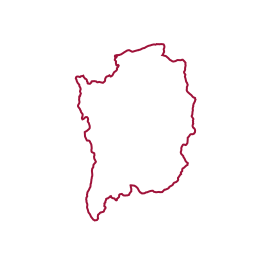 the district of Buenos Aires, Puntarenas, Costa Rica, rotated 49°
{"feature_id": "36466004B75428693831232", "entity_name": "Buenos Aires", "entity_type": "district", "adm_level": 2, "iso_a3": "CRI", "parent_name": "Costa Rica", "parent_adm1": "Puntarenas", "projection": "natural_earth1", "projection_center": [-83.259, 9.079], "detail": "fine", "context": "isolated", "style": "outline", "palette": "rose", "viewbox_px": 256, "rotation_deg": 49, "n_neighbors": 0, "source": "geoboundaries", "source_scale": "gbopen_adm2", "svg_char_len": 5774}
<svg xmlns="http://www.w3.org/2000/svg" viewBox="0 0 256 256"><g transform="rotate(49 128 128)"><path d="M153.2,205.0L154.7,206.6L155.5,206.9L156.5,207.8L158.0,208.4L158.4,208.5L159.2,209.0L160.1,209.9L160.6,210.6L161.2,211.1L162.3,211.6L163.0,211.8L165.8,213.2L168.1,213.3L170.7,214.1L174.4,214.3L175.0,214.0L175.9,213.8L176.4,212.9L176.9,212.2L177.1,211.6L176.8,210.8L176.8,210.1L175.0,208.9L173.8,207.4L173.9,205.7L173.7,205.1L173.7,204.2L174.2,203.5L174.6,202.4L174.9,202.0L175.1,201.0L174.0,199.0L173.9,197.9L173.5,197.3L173.1,197.0L172.4,197.0L171.9,197.2L171.5,197.2L171.1,196.9L170.5,196.0L169.6,195.5L169.4,195.2L169.4,194.0L168.7,193.5L167.9,191.8L167.2,191.0L167.4,190.2L167.6,189.9L167.9,189.5L167.8,188.4L168.3,186.9L167.9,186.4L167.9,186.2L168.2,185.6L169.1,185.9L169.8,186.0L171.4,185.3L171.9,184.7L172.3,184.5L174.4,184.6L175.0,184.2L175.1,183.8L174.9,183.5L174.3,183.2L174.2,180.1L173.7,179.4L172.9,178.8L172.7,178.4L172.7,177.6L173.7,175.9L175.6,175.7L176.3,175.3L177.3,174.2L177.7,173.5L178.3,172.9L179.1,171.3L179.1,170.9L178.5,170.0L178.1,168.3L178.0,167.4L177.9,167.0L176.9,166.3L176.3,165.5L174.7,164.8L173.9,164.2L173.0,163.8L172.9,163.7L173.0,163.5L175.6,161.1L177.2,160.5L179.4,160.2L181.0,160.5L182.5,160.9L183.7,161.0L184.6,161.0L184.8,160.8L186.2,160.6L186.5,160.2L187.0,159.9L188.1,158.3L188.4,156.6L189.0,155.9L189.8,153.5L190.5,152.0L191.4,150.7L191.7,150.4L193.1,150.3L193.9,149.7L194.9,149.0L196.6,146.5L197.4,146.0L198.8,144.2L198.5,141.0L198.7,140.6L199.0,140.4L199.2,139.8L199.9,137.8L200.0,136.5L199.7,135.7L199.6,135.3L200.3,131.8L199.6,129.8L199.6,129.0L200.4,127.0L200.4,125.1L200.0,124.1L199.5,123.7L199.0,123.5L198.4,122.9L198.3,121.9L197.6,119.5L197.6,118.1L196.9,117.9L196.5,117.4L196.2,117.2L196.1,115.4L194.8,114.2L194.4,113.4L194.7,112.0L194.6,108.7L194.9,107.3L194.2,106.7L193.8,105.9L192.3,106.2L190.7,106.2L188.1,105.4L186.3,105.2L185.4,104.7L182.4,104.8L181.6,104.5L180.8,104.0L179.8,102.4L179.0,101.6L178.5,101.3L178.0,100.8L177.4,99.7L176.7,97.5L176.9,97.0L177.9,96.1L178.5,95.9L178.8,95.4L178.8,94.7L178.5,94.0L178.5,93.4L177.7,92.3L177.0,91.7L176.2,90.8L174.5,89.3L174.4,87.7L173.8,85.5L173.8,84.9L174.4,84.0L175.2,83.2L175.3,82.8L175.4,82.2L175.6,81.6L175.2,81.0L175.1,80.2L173.8,78.9L172.8,78.4L171.3,78.3L171.1,78.5L170.2,78.5L168.9,78.0L168.2,77.3L167.6,75.9L166.8,75.7L166.0,74.7L165.0,74.2L164.7,73.9L164.5,73.2L164.0,72.7L161.0,72.3L160.4,71.6L160.3,71.1L160.0,70.6L158.0,68.6L157.6,67.9L157.0,67.2L156.2,66.8L155.5,66.1L154.8,65.1L154.5,64.5L153.8,64.1L153.2,63.1L152.8,62.7L152.4,61.4L152.1,60.9L151.9,60.1L151.6,59.8L150.8,58.4L150.3,58.4L149.4,57.7L148.6,58.0L148.0,58.5L146.8,58.7L144.7,58.6L143.3,58.9L140.3,59.3L139.1,59.3L137.8,58.8L137.3,58.1L135.7,56.7L135.0,55.2L134.4,54.5L133.3,54.2L132.9,53.9L131.2,53.7L128.3,52.1L126.6,51.4L125.4,49.7L125.0,49.6L124.2,49.6L123.3,49.4L122.5,49.0L122.3,48.5L122.0,47.5L121.4,46.6L120.2,45.6L118.6,43.5L118.2,43.2L117.4,42.8L116.5,41.8L114.9,41.7L112.4,41.9L111.9,42.5L111.7,43.2L111.2,44.0L109.7,45.5L109.3,45.9L109.0,46.6L108.7,48.2L108.1,49.3L107.5,50.3L106.6,50.8L105.2,51.2L103.9,51.7L101.9,51.7L98.7,52.2L98.1,52.5L97.2,53.3L96.3,53.6L95.6,54.2L95.4,53.4L94.8,52.3L94.6,51.6L94.4,51.0L94.0,50.8L93.7,50.3L92.1,49.5L91.7,49.0L91.4,48.2L90.6,47.2L89.4,46.5L88.2,46.3L86.8,47.5L85.7,48.8L85.5,49.3L84.7,50.0L84.2,50.7L83.5,51.2L83.2,52.5L82.2,53.3L81.6,54.1L81.3,54.8L81.0,55.2L80.4,56.8L79.4,58.7L78.8,60.8L78.4,63.2L78.0,63.7L77.4,65.1L77.0,67.0L76.6,68.0L76.2,68.5L76.1,69.1L75.9,69.2L74.4,72.3L73.5,74.4L73.0,74.9L70.1,76.0L69.4,76.9L68.8,78.4L68.7,79.8L68.4,80.8L68.3,82.5L68.1,83.1L68.0,84.6L67.5,85.7L67.3,86.5L67.0,87.0L66.7,87.2L66.5,87.9L65.8,88.3L64.9,90.2L65.1,90.7L65.4,90.9L66.2,89.5L66.3,89.3L66.5,89.3L66.7,89.5L67.1,90.6L67.0,91.7L67.1,92.1L67.9,93.3L69.8,93.3L70.5,93.9L70.9,94.5L71.7,94.9L72.7,95.5L73.3,95.5L73.7,94.5L73.9,94.1L74.3,94.0L74.8,94.1L75.4,95.4L75.6,97.2L76.6,97.8L76.8,98.3L77.0,99.1L77.0,99.8L76.8,102.0L78.1,105.3L78.1,105.9L77.9,106.5L77.9,107.1L77.7,107.4L76.1,107.4L75.8,109.0L75.3,110.0L75.2,111.0L75.4,111.8L76.0,113.1L77.0,114.0L77.5,114.8L77.5,117.0L77.3,117.1L77.2,117.5L74.2,119.6L73.7,120.8L73.2,121.3L72.1,121.4L70.6,122.6L69.5,124.0L69.0,124.7L69.0,125.1L69.6,125.9L69.6,127.0L69.7,127.5L69.6,127.8L68.4,128.9L68.1,129.1L67.7,129.1L67.0,128.4L66.0,128.4L64.7,127.6L64.3,127.5L63.4,127.6L62.4,128.1L61.6,127.9L60.5,128.0L59.8,127.6L59.3,127.5L59.3,127.9L58.9,128.1L58.0,129.8L58.1,130.1L58.1,130.6L58.0,130.9L56.9,131.5L55.8,132.6L55.6,133.3L55.7,134.0L56.5,135.0L57.6,135.1L58.8,135.8L60.9,136.4L63.4,136.4L64.3,137.1L64.9,137.3L66.2,137.5L67.6,138.2L68.6,139.9L69.0,140.3L71.1,141.0L71.7,142.4L72.2,142.8L72.4,143.2L72.5,143.5L72.2,143.9L72.4,144.3L73.7,145.4L74.6,146.4L76.2,147.3L76.8,147.8L77.3,148.6L78.1,150.8L78.9,151.5L79.9,151.7L82.0,151.8L82.8,152.2L83.9,152.3L84.7,152.8L85.2,153.0L87.9,153.2L89.2,154.5L89.9,155.9L90.6,156.5L91.6,156.7L92.0,155.6L91.9,153.8L92.1,152.6L92.9,151.8L94.2,151.8L94.8,152.1L95.5,152.6L96.4,153.9L96.9,154.2L98.4,154.3L101.4,155.6L102.9,156.9L103.2,157.8L103.2,161.4L102.8,162.5L102.7,163.3L106.2,166.0L110.4,167.2L111.0,166.8L111.7,165.9L112.4,165.6L113.2,165.6L114.1,166.0L115.3,166.2L116.5,166.6L118.6,168.0L119.8,169.0L120.5,170.0L121.9,171.0L122.4,171.1L123.7,170.6L124.4,170.2L125.0,170.1L126.6,171.2L127.1,172.2L128.4,173.2L129.4,173.7L130.3,173.8L132.4,174.4L132.7,175.2L132.8,176.4L133.1,178.1L133.5,178.6L134.9,180.1L135.1,181.3L135.5,182.1L136.1,182.6L136.6,183.3L139.6,185.4L140.6,186.3L141.0,186.8L141.3,187.5L142.3,188.5L142.8,189.3L143.6,190.1L144.2,190.8L145.3,192.0L145.7,192.9L147.5,194.7L147.9,195.3L148.3,196.6L149.0,197.9L149.9,200.8L150.9,201.9L151.2,202.5L152.8,203.6L153.2,204.8L153.2,205.0Z" fill="none" stroke="#9f1239" stroke-width="2"/></g></svg>